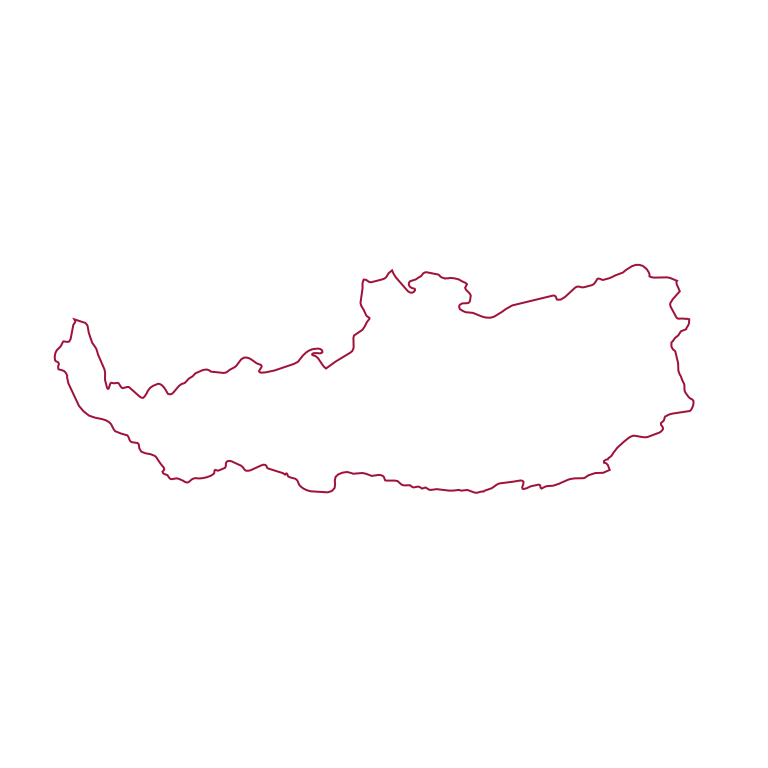 outline of Sagaing, rotated 255°
{"feature_id": "MMR-3302", "entity_name": "Sagaing", "entity_type": "Division", "adm_level": 1, "iso_a3": "MMR", "parent_name": "Myanmar", "parent_adm1": "", "projection": "robinson", "projection_center": [95.526, 24.485], "detail": "fine", "context": "isolated", "style": "outline", "palette": "rose", "viewbox_px": 768, "rotation_deg": 255, "n_neighbors": 0, "source": "natural_earth", "source_scale": "10m", "svg_char_len": 6134}
<svg xmlns="http://www.w3.org/2000/svg" viewBox="0 0 768 768"><g transform="rotate(255 384 384)"><path d="M492.2,72.4L495.6,73.0L498.8,74.5L500.4,75.8L501.6,77.1L503.5,80.6L504.6,82.0L507.6,84.6L508.1,85.5L506.5,89.4L506.6,91.1L508.7,93.0L521.5,99.2L523.7,101.7L524.7,102.1L526.6,101.6L520.3,111.3L518.0,112.5L516.8,112.7L509.7,112.1L499.4,112.8L493.6,114.9L491.4,115.3L486.4,115.4L470.2,117.8L467.0,117.5L460.3,115.6L452.1,115.5L450.8,116.0L450.8,116.8L455.3,119.8L455.8,120.7L454.5,123.5L454.1,127.0L453.3,127.9L449.4,129.1L448.2,129.8L447.6,130.6L447.6,135.4L447.0,136.9L435.1,144.7L433.5,146.3L433.0,147.7L433.7,149.3L436.5,152.4L438.4,154.0L440.9,157.2L442.0,160.5L442.7,165.8L442.1,167.3L440.5,169.0L438.2,170.3L435.7,171.3L430.5,172.7L429.3,174.7L429.5,176.9L430.0,177.9L435.0,185.2L435.9,187.1L436.4,188.7L436.5,191.5L437.0,192.6L439.7,196.8L441.0,201.2L443.1,204.5L444.4,212.8L443.9,216.5L442.5,218.7L440.8,219.9L436.2,231.9L436.0,233.7L436.1,235.0L437.8,239.2L438.9,244.1L439.7,245.9L444.7,252.3L445.7,255.5L445.3,257.6L444.2,259.8L442.4,261.9L437.0,266.3L434.4,269.9L433.7,270.3L432.8,270.4L432.0,270.0L429.2,266.9L428.6,266.6L427.8,266.8L426.8,268.0L425.9,272.4L425.4,281.8L426.7,302.1L427.7,306.6L432.4,312.9L434.5,316.7L435.6,319.8L436.1,323.4L436.0,325.3L435.2,329.8L434.1,331.7L432.5,332.9L430.8,332.8L430.3,332.2L430.1,330.1L431.2,327.3L432.0,323.9L431.7,322.6L430.8,322.2L430.4,322.4L428.7,325.1L426.0,327.0L419.3,329.2L416.0,330.6L414.0,332.0L418.2,343.1L423.0,359.6L424.0,361.8L426.1,363.6L427.8,364.3L436.5,366.4L438.6,367.6L441.9,377.2L444.5,380.2L448.3,383.6L450.8,386.9L451.7,387.0L453.9,385.0L454.9,384.6L460.8,383.6L465.6,382.2L468.5,382.3L482.1,388.1L486.9,389.3L490.1,391.4L489.3,393.6L486.6,395.9L485.9,397.0L485.6,398.1L485.5,409.5L485.8,412.0L486.7,413.9L489.8,417.1L491.7,421.2L488.0,421.8L484.0,423.0L467.6,431.0L466.2,432.2L465.3,433.5L464.9,435.0L465.2,436.4L466.3,438.1L467.2,438.4L468.0,438.3L469.7,435.5L471.4,434.1L473.1,433.7L474.2,433.9L475.2,434.2L476.3,435.4L476.5,436.2L476.8,441.9L477.8,444.6L478.6,447.7L480.8,450.6L481.2,453.0L480.9,454.1L475.7,464.7L474.9,465.5L473.3,466.2L472.2,467.1L470.0,470.3L470.1,471.1L469.4,473.4L469.4,475.2L468.1,478.8L466.0,482.8L464.7,484.3L463.3,485.6L460.6,488.9L458.9,490.0L456.0,487.3L455.0,487.3L453.5,487.8L449.3,490.2L447.0,490.7L441.9,488.5L441.1,487.7L440.5,486.7L440.5,485.3L441.5,481.1L441.5,479.6L440.7,477.5L439.5,476.7L438.8,476.5L436.6,476.7L434.3,478.9L432.2,481.5L429.7,488.3L423.9,495.9L421.9,499.4L420.5,503.8L420.5,507.6L423.1,516.5L424.9,521.1L426.7,528.2L425.7,569.9L425.5,571.0L424.8,572.0L423.7,572.6L421.6,572.7L420.6,573.1L419.8,576.6L421.3,581.6L427.7,593.7L428.1,595.9L427.4,598.0L426.2,600.0L425.7,602.1L425.7,610.7L426.3,612.7L428.1,615.0L430.3,617.3L430.4,618.3L429.7,619.8L428.2,621.6L427.8,622.8L427.9,629.8L429.1,636.1L429.8,643.6L431.4,646.9L433.6,653.9L433.9,658.0L433.0,661.5L431.1,664.5L428.4,666.6L426.6,667.6L423.2,668.7L421.0,668.8L419.2,668.3L418.3,669.4L416.9,672.2L413.7,685.2L412.3,687.9L407.8,693.8L407.2,693.0L405.0,692.5L397.0,693.7L391.2,684.9L388.0,681.5L386.5,680.9L384.4,680.9L372.5,683.7L371.0,684.9L369.9,689.5L368.7,692.6L368.7,693.3L367.5,695.6L363.7,694.3L362.0,693.1L360.0,690.9L358.7,690.0L358.1,684.5L354.8,680.8L353.1,677.0L350.5,673.8L349.7,672.4L345.8,671.3L342.8,672.0L340.3,673.8L328.1,673.5L320.8,671.8L316.6,672.1L314.9,672.7L311.0,673.0L305.9,674.0L299.9,672.6L298.1,672.8L293.2,674.6L291.3,675.6L289.2,677.8L287.7,678.5L286.1,678.2L284.2,677.5L281.8,676.0L280.1,674.5L279.3,673.6L278.8,672.3L280.8,654.4L280.7,651.2L279.8,647.2L279.1,646.4L278.0,646.0L276.1,644.6L274.5,641.3L272.7,641.1L269.9,642.1L268.0,641.7L266.5,639.5L265.8,637.5L264.6,624.9L264.7,623.4L265.5,620.7L269.2,612.6L269.6,611.1L269.1,607.6L266.5,601.5L262.2,593.1L258.2,587.8L255.8,585.2L254.9,583.4L254.4,581.7L253.3,580.7L253.5,579.0L252.6,576.5L251.1,576.1L249.9,578.1L248.0,579.2L242.6,579.8L241.5,572.7L243.3,565.0L242.9,557.8L241.4,553.5L241.4,552.2L243.5,543.7L244.0,539.3L243.9,537.1L242.3,526.8L242.0,521.1L243.2,514.8L243.1,513.0L242.2,509.1L243.2,508.4L245.5,508.6L246.3,508.1L246.8,507.2L247.2,499.1L246.4,494.9L246.4,491.8L246.9,490.8L248.4,490.7L251.5,492.8L253.7,493.4L254.9,492.3L255.5,490.8L256.3,482.8L258.1,469.6L257.6,466.8L255.9,462.5L255.4,460.6L254.9,453.5L254.3,452.4L254.6,452.1L254.9,449.9L254.9,445.3L255.8,443.2L260.1,437.1L260.9,431.4L261.4,430.3L262.3,429.1L263.1,423.3L264.2,419.2L268.8,407.7L269.5,402.3L270.0,400.5L273.3,397.3L273.1,393.8L275.3,391.7L276.1,390.5L276.4,386.1L277.0,384.8L279.5,382.9L280.8,377.4L281.5,375.9L282.6,374.7L286.8,371.9L287.9,369.4L289.9,361.9L290.6,360.2L294.3,359.8L295.6,359.0L296.7,357.5L297.5,355.6L298.4,348.4L302.1,343.1L303.6,340.2L305.3,331.0L306.8,328.8L308.6,325.4L309.1,320.8L308.5,316.3L306.8,313.2L303.5,311.5L299.7,310.8L296.4,309.4L294.2,306.1L293.9,301.7L299.3,285.5L301.4,281.9L304.1,278.9L307.2,276.6L308.9,275.9L312.2,275.5L313.9,275.0L315.6,273.6L317.9,269.5L319.3,267.7L320.1,267.3L321.9,267.3L322.8,266.8L322.9,266.3L322.1,265.3L322.2,264.8L323.9,263.5L332.2,250.5L332.9,249.6L335.8,249.0L336.6,248.4L337.3,246.4L337.1,244.0L335.2,232.8L335.3,230.7L335.9,228.4L337.0,227.3L340.4,226.0L342.0,224.9L348.8,216.7L349.9,214.5L349.8,212.2L348.6,210.9L345.3,209.8L344.1,208.6L343.2,201.3L344.7,198.8L344.3,197.9L342.0,197.0L341.3,196.3L340.2,193.0L339.8,188.7L340.0,184.4L340.6,181.0L341.9,177.4L342.0,175.8L341.6,173.7L339.9,170.1L339.7,168.4L341.0,166.3L342.4,165.1L345.1,161.8L346.1,160.2L346.6,159.0L347.0,154.4L347.3,153.6L348.2,152.6L349.1,152.2L352.0,151.2L354.1,148.3L354.9,147.6L356.6,147.3L358.1,149.5L360.1,149.7L365.2,147.4L372.3,145.0L374.0,143.9L376.7,140.2L378.8,135.7L381.4,132.1L385.2,131.0L389.2,131.5L390.8,130.7L392.8,125.9L393.8,124.5L395.3,123.9L399.5,123.3L400.8,122.8L404.1,117.3L408.0,112.1L410.5,111.1L415.8,110.0L418.3,108.6L420.9,106.0L422.9,102.9L426.3,96.1L429.8,90.9L435.4,86.7L441.8,83.7L466.3,79.3L472.5,79.6L473.9,80.1L475.9,79.9L477.8,79.2L479.2,78.4L481.1,76.0L481.9,74.1L482.9,73.3L485.4,73.8L487.5,75.2L488.6,75.1L489.6,74.6L491.1,72.8L492.2,72.4Z" fill="none" stroke="#9f1239" stroke-width="2"/></g></svg>